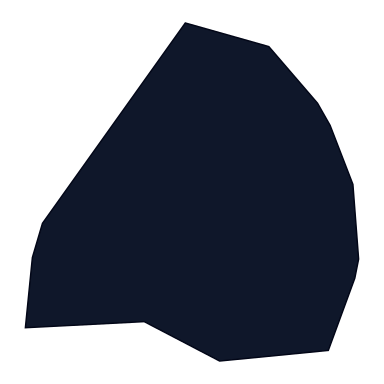 Tabor, Robinson projection
{"feature_id": "SVN-240", "entity_name": "Tabor", "entity_type": "Municipality", "adm_level": 1, "iso_a3": "SVN", "parent_name": "Slovenia", "parent_adm1": "", "projection": "robinson", "projection_center": [15.017, 46.225], "detail": "fine", "context": "isolated", "style": "filled", "palette": "ink", "viewbox_px": 384, "rotation_deg": 0, "n_neighbors": 0, "source": "natural_earth", "source_scale": "10m", "svg_char_len": 294}
<svg xmlns="http://www.w3.org/2000/svg" viewBox="0 0 384 384"><path d="M25.4,327.7L32.4,257.5L42.5,223.3L185.3,23.0L268.8,46.6L317.5,103.2L330.1,125.4L352.9,184.4L358.6,259.1L354.8,278.2L328.3,350.4L219.6,361.0L144.2,321.6L25.4,327.7Z" fill="#0f172a" stroke="#020617" stroke-width="1.5"/></svg>